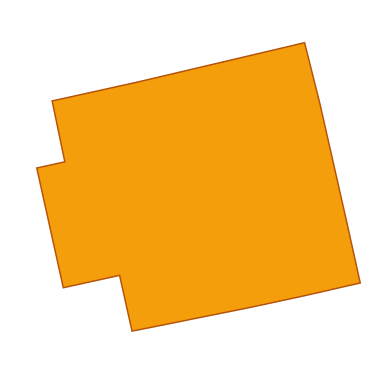 the district of Lapeer, Michigan, United States of America, rotated 259°
{"feature_id": "52423323B42723589239297", "entity_name": "Lapeer", "entity_type": "district", "adm_level": 2, "iso_a3": "USA", "parent_name": "United States of America", "parent_adm1": "Michigan", "projection": "natural_earth1", "projection_center": [-83.274, 43.104], "detail": "fine", "context": "isolated", "style": "filled", "palette": "amber", "viewbox_px": 384, "rotation_deg": 259, "n_neighbors": 0, "source": "geoboundaries", "source_scale": "gbopen_adm2", "svg_char_len": 341}
<svg xmlns="http://www.w3.org/2000/svg" viewBox="0 0 384 384"><g transform="rotate(259 192 192)"><path d="M70.6,339.8L131.8,338.2L254.5,334.4L317.1,331.0L310.3,158.6L308.1,72.1L245.9,72.9L245.2,44.2L122.6,47.4L124.0,105.0L66.9,106.6L66.9,113.0L67.6,227.5L68.8,285.0L70.6,339.8Z" fill="#f59e0b" stroke="#b45309" stroke-width="1.5"/></g></svg>